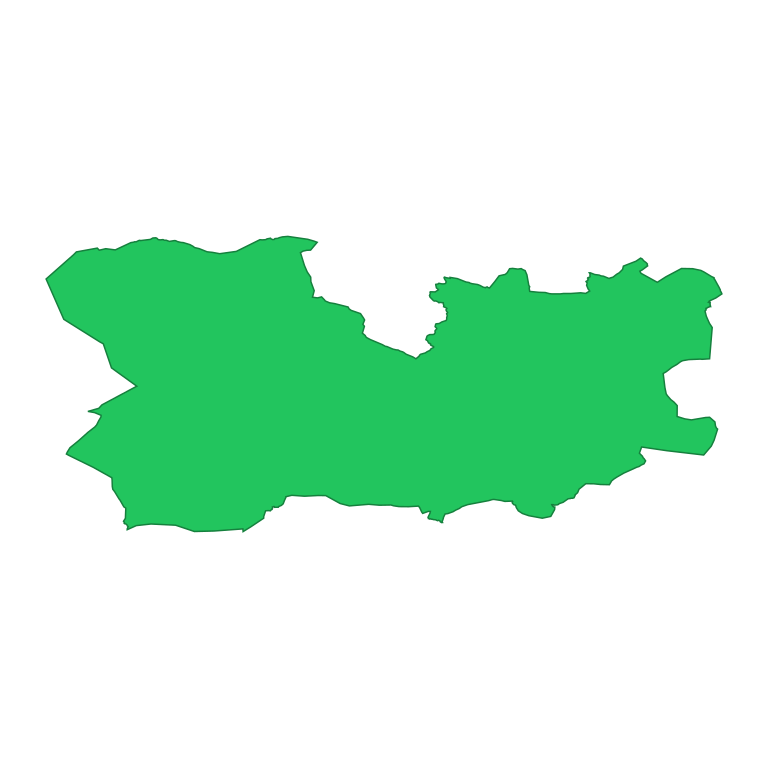 the district of Tokke nor, Telemark, Norway
{"feature_id": "86288312B10810953516710", "entity_name": "Tokke nor", "entity_type": "district", "adm_level": 2, "iso_a3": "NOR", "parent_name": "Norway", "parent_adm1": "Telemark", "projection": "robinson", "projection_center": [7.933, 59.464], "detail": "fine", "context": "isolated", "style": "filled", "palette": "green", "viewbox_px": 768, "rotation_deg": 0, "n_neighbors": 0, "source": "geoboundaries", "source_scale": "gbopen_adm2", "svg_char_len": 6100}
<svg xmlns="http://www.w3.org/2000/svg" viewBox="0 0 768 768"><path d="M559.0,503.7L563.1,502.3L568.1,498.8L570.5,498.5L571.0,498.2L572.5,498.3L574.0,497.8L575.1,495.5L575.0,495.0L577.6,492.7L579.0,489.2L585.8,483.7L593.9,483.8L600.5,484.5L609.4,484.7L611.2,481.7L611.3,481.2L613.8,479.1L616.7,477.2L623.6,473.2L636.8,467.2L639.1,466.5L641.3,465.0L644.0,463.8L645.6,460.9L644.1,458.7L643.0,457.6L642.5,456.3L639.4,453.2L641.6,447.0L666.9,450.7L703.7,455.0L711.3,446.1L714.1,440.2L717.6,429.1L716.4,428.0L715.5,426.0L714.9,421.9L709.6,417.3L705.6,417.5L691.4,419.9L684.9,418.9L677.1,416.5L677.2,405.6L674.0,402.1L670.8,399.6L667.5,395.8L666.2,393.9L664.9,387.5L663.2,373.5L666.3,371.7L671.8,367.4L677.1,364.3L680.4,361.8L682.6,360.7L688.8,359.6L700.3,359.1L702.0,359.3L709.6,358.8L712.2,327.5L709.5,323.4L708.3,320.8L706.3,316.2L705.0,311.0L706.1,309.9L705.9,308.4L706.8,308.2L707.6,307.5L709.3,306.9L709.5,306.5L710.6,306.6L710.0,303.8L710.2,303.0L708.7,302.3L709.7,301.9L709.1,301.3L709.3,301.0L715.8,298.0L721.9,293.9L721.2,292.1L720.5,291.3L720.3,289.9L719.2,287.6L714.4,278.9L714.0,278.8L713.9,278.0L714.0,277.7L711.6,276.6L704.0,272.0L700.8,270.4L692.7,268.7L681.5,268.5L665.9,276.8L657.3,282.3L641.0,273.3L639.8,271.2L642.1,270.0L647.6,265.9L647.2,265.5L647.4,264.0L646.2,262.7L643.6,260.7L642.3,259.0L640.6,258.1L636.0,261.2L623.4,266.1L622.6,269.4L619.2,272.8L616.6,274.3L613.1,277.1L609.8,278.1L609.1,278.5L603.5,276.2L601.1,275.9L599.2,275.1L594.7,274.5L590.3,272.8L589.3,272.8L590.2,274.3L590.0,274.6L589.9,275.4L590.1,276.6L589.7,277.1L587.9,277.7L587.6,278.1L588.4,279.0L587.7,279.9L587.8,280.6L586.3,281.2L586.0,281.6L587.2,282.9L586.6,285.3L588.2,289.1L589.7,291.0L585.7,293.4L580.7,292.8L570.6,293.5L563.4,293.5L560.2,293.9L551.9,293.9L549.3,293.6L545.2,292.5L538.7,292.3L529.7,291.4L529.2,288.1L529.7,286.7L528.8,285.4L526.9,274.8L525.1,270.6L522.8,269.6L521.2,268.6L517.9,269.1L512.6,268.4L509.6,268.7L507.3,272.6L505.3,274.4L499.1,275.8L494.7,281.7L489.5,288.0L487.6,287.4L487.2,286.9L486.1,287.2L485.6,287.7L483.3,287.2L479.9,285.4L477.5,284.5L472.1,283.7L470.0,283.1L469.1,282.5L466.0,282.0L457.4,278.6L450.1,277.4L450.2,278.3L446.6,277.8L444.5,277.1L444.1,277.4L444.3,278.5L446.2,281.7L445.7,283.2L445.2,283.6L443.8,283.9L441.9,283.9L439.0,283.3L438.5,283.4L437.9,284.1L435.8,284.3L435.7,284.5L436.4,287.9L437.8,289.0L438.4,289.8L435.2,291.9L430.3,291.8L430.0,292.2L430.3,293.3L429.5,295.6L429.9,296.0L429.8,296.6L430.1,297.2L433.5,300.7L434.7,301.1L435.6,300.9L437.6,301.7L439.0,302.8L439.6,302.4L443.3,302.8L443.3,304.0L443.8,305.4L443.6,306.7L445.7,307.6L446.9,308.4L446.0,309.9L446.5,311.1L447.6,312.4L447.5,312.9L446.6,313.6L446.6,314.0L447.0,314.5L447.2,315.3L447.1,316.6L446.7,317.2L446.7,319.2L446.2,320.4L445.9,320.6L441.9,321.9L439.2,323.5L436.3,323.8L435.7,324.1L435.1,326.7L436.5,328.0L436.8,328.8L435.1,330.6L435.0,331.5L435.3,332.4L434.2,334.2L433.1,334.5L429.7,334.6L427.8,335.5L427.0,336.2L425.9,339.7L427.5,340.7L428.6,343.0L430.1,343.5L430.7,344.1L430.4,344.6L430.7,345.1L433.6,346.6L433.7,347.2L433.2,347.7L430.9,348.9L429.9,350.4L427.1,351.7L425.4,352.9L420.5,354.3L419.4,355.4L419.2,356.1L415.9,358.8L412.8,356.9L406.1,354.2L403.7,352.4L402.5,351.8L400.1,351.1L398.1,350.0L396.4,349.9L392.9,349.1L386.8,346.5L385.5,346.4L382.3,344.6L370.4,339.6L366.3,337.4L365.1,335.4L362.4,333.2L364.4,326.3L362.9,324.3L364.6,320.0L363.6,318.2L360.5,313.6L351.2,310.4L349.1,308.9L348.1,307.0L334.6,303.6L329.6,302.8L325.3,301.0L324.5,299.9L321.6,296.9L317.5,297.9L312.5,297.2L314.2,290.7L310.9,281.7L310.7,277.1L307.2,271.9L304.4,265.4L300.8,253.7L300.4,252.7L303.1,251.1L306.8,250.3L310.6,250.1L317.2,242.3L314.3,241.2L307.8,239.3L287.8,236.4L282.3,236.9L279.2,237.7L278.0,238.3L274.9,238.6L274.3,239.4L272.9,239.6L271.3,239.1L270.5,238.2L266.9,238.9L266.3,239.4L265.1,239.7L262.2,239.9L259.9,239.7L236.3,251.4L219.7,253.7L212.6,252.4L207.1,251.8L199.1,248.6L194.7,247.6L193.0,246.3L189.9,244.6L183.3,242.6L180.9,242.4L177.5,241.6L175.7,240.7L174.3,240.6L169.4,241.4L166.1,240.2L164.6,240.3L163.0,239.6L160.1,239.9L158.2,239.6L156.8,238.2L155.8,237.8L152.8,238.0L150.4,239.4L140.4,240.6L139.9,240.3L138.6,240.6L136.2,241.8L134.5,241.8L133.5,242.2L130.9,242.6L115.3,249.9L105.7,248.7L99.3,250.2L97.3,248.1L76.4,251.9L73.5,254.8L46.1,279.0L63.8,319.3L99.8,341.9L103.3,343.8L111.5,367.9L136.8,386.2L101.9,404.9L98.8,408.3L87.9,411.4L94.6,412.6L101.1,415.3L100.9,417.1L98.7,420.8L96.6,425.0L94.7,427.1L88.1,432.2L78.6,440.7L70.0,447.7L67.4,451.9L66.4,454.0L68.9,455.4L93.0,467.2L111.8,477.7L112.1,479.8L112.3,486.5L112.8,489.3L114.6,491.6L119.1,499.0L120.0,500.1L123.9,506.9L125.8,508.1L125.4,518.3L123.5,521.3L124.4,522.3L124.4,522.7L124.1,523.1L124.6,523.7L125.4,523.8L126.4,524.3L127.1,525.1L127.4,526.0L128.2,526.5L127.2,528.9L127.2,529.7L136.3,525.6L151.0,524.0L175.6,525.2L194.4,531.5L214.1,531.0L242.9,528.9L243.1,531.6L250.7,526.9L263.7,518.2L263.7,516.5L265.6,510.8L268.4,510.6L270.4,510.8L271.1,509.9L272.1,509.4L272.0,508.7L272.6,508.0L272.5,507.0L272.9,507.1L273.8,506.5L274.4,506.6L274.6,507.3L278.4,507.2L278.7,506.5L281.4,505.4L283.2,503.8L284.4,500.6L286.0,497.1L285.9,496.7L291.8,495.3L304.5,496.2L318.2,495.5L325.8,495.6L340.1,503.5L349.4,505.9L368.7,504.3L379.4,505.2L391.0,505.0L393.6,505.8L399.0,506.6L408.7,506.7L418.5,506.1L419.7,507.7L421.7,512.0L422.7,513.4L428.3,511.4L430.4,511.4L429.9,513.4L428.0,517.3L428.1,517.8L428.5,518.0L428.5,518.6L429.3,518.7L429.8,519.1L430.6,518.8L431.3,519.2L432.2,519.2L433.4,519.6L435.6,519.8L437.5,520.7L438.7,520.3L439.9,521.0L440.2,521.3L440.3,521.8L441.6,522.6L442.5,522.5L442.1,521.8L443.3,518.5L443.5,517.3L445.1,514.0L447.8,513.6L453.1,511.7L455.7,510.1L459.3,508.5L461.8,506.7L467.8,504.6L488.8,500.6L492.1,499.6L493.8,499.4L501.3,500.5L504.8,501.4L512.4,501.1L512.7,501.6L512.2,502.5L512.5,503.3L513.9,504.7L515.6,505.2L516.3,507.6L518.3,510.8L522.4,513.5L528.8,515.7L542.3,518.2L550.8,516.4L554.6,509.6L554.8,507.4L554.8,507.0L553.6,507.0L553.6,506.8L552.5,506.0L551.8,504.6L553.2,504.6L554.0,505.1L554.7,505.1L557.5,504.8L558.5,504.4L559.0,503.7Z" fill="#22c55e" stroke="#15803d" stroke-width="1.5"/></svg>